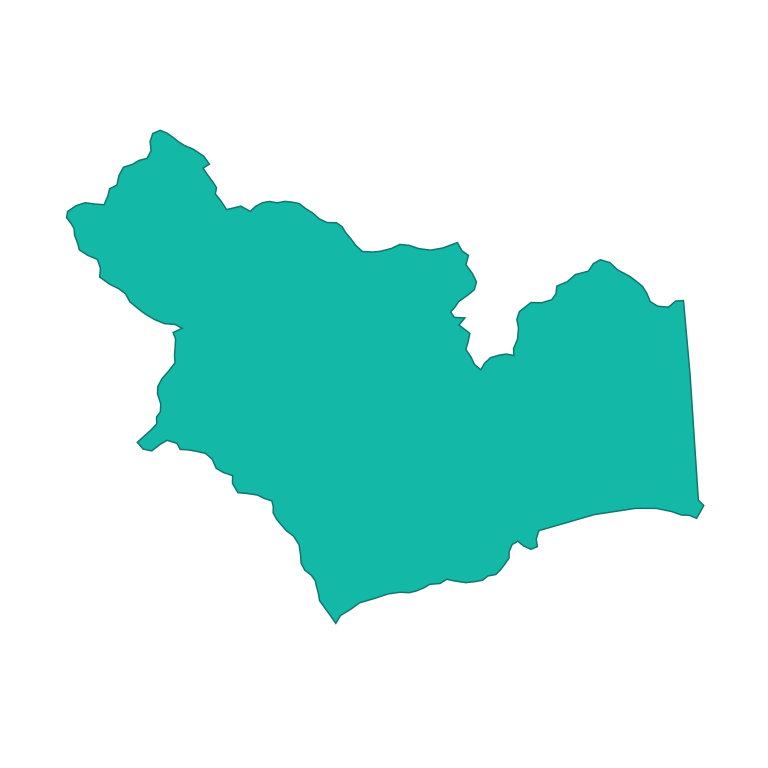 the district of Santo Amaro da Imperatriz, Santa Catarina, Brazil, rotated 93°
{"feature_id": "56859067B63225010311185", "entity_name": "Santo Amaro da Imperatriz", "entity_type": "district", "adm_level": 2, "iso_a3": "BRA", "parent_name": "Brazil", "parent_adm1": "Santa Catarina", "projection": "natural_earth1", "projection_center": [-48.807, -27.744], "detail": "fine", "context": "isolated", "style": "filled", "palette": "teal", "viewbox_px": 768, "rotation_deg": 93, "n_neighbors": 0, "source": "geoboundaries", "source_scale": "gbopen_adm2", "svg_char_len": 2849}
<svg xmlns="http://www.w3.org/2000/svg" viewBox="0 0 768 768"><g transform="rotate(93 384 384)"><path d="M210.0,556.2L203.0,562.4L196.8,561.5L191.3,565.4L184.3,571.2L177.9,576.0L173.6,569.8L166.0,575.9L159.5,586.8L156.3,595.7L152.7,602.1L148.6,607.9L144.8,613.8L142.4,620.8L145.9,628.0L154.1,630.3L163.0,628.8L171.1,632.4L173.6,640.5L177.9,646.8L181.2,655.6L189.8,659.6L199.3,661.1L203.3,668.2L211.2,669.7L219.6,672.9L219.4,682.6L218.6,691.8L222.0,700.8L228.3,709.0L234.6,709.7L239.7,705.2L244.8,701.7L251.5,700.8L260.2,697.0L266.0,695.3L271.1,686.4L274.6,676.7L283.3,673.2L292.1,673.5L298.8,663.0L302.6,654.1L307.5,646.8L315.2,642.1L321.6,633.5L326.4,626.5L331.5,616.8L335.2,606.4L335.5,595.7L338.9,588.5L343.6,597.3L349.9,594.5L358.2,594.5L366.0,594.7L373.8,593.8L382.7,600.0L390.2,605.9L398.2,609.7L405.6,609.7L415.5,605.9L423.6,605.9L428.8,609.4L435.8,608.9L441.9,614.1L448.6,620.8L455.1,627.3L461.6,621.1L462.9,612.4L456.0,604.4L451.6,597.7L454.1,587.6L460.0,584.1L460.0,576.6L460.9,568.2L462.7,558.5L467.9,551.8L476.9,547.2L480.8,539.8L483.4,530.4L491.2,530.1L500.2,524.2L500.5,515.0L501.5,504.6L504.6,497.4L506.6,489.9L512.4,488.1L518.4,488.0L524.7,484.2L531.0,478.3L535.8,473.6L540.7,466.3L549.0,460.4L558.7,458.4L567.3,457.4L574.0,453.4L578.7,446.7L583.8,442.5L590.6,440.5L596.4,438.6L603.7,437.0L610.8,431.3L617.2,426.1L625.6,419.6L617.5,415.4L610.5,405.2L603.8,397.0L601.5,390.4L597.9,380.4L593.5,369.3L591.1,357.0L591.1,347.9L589.0,341.0L585.5,333.5L581.6,327.8L580.3,317.6L575.7,311.1L577.0,303.2L578.1,292.0L576.5,282.3L574.8,275.3L570.3,270.2L568.4,262.4L563.8,258.2L557.7,254.0L551.3,250.0L545.1,250.3L537.7,247.7L534.0,242.3L538.5,235.9L541.4,228.6L538.4,222.3L531.0,223.9L522.3,221.7L503.4,167.1L495.0,126.2L494.4,114.5L494.0,105.3L496.3,90.1L499.3,80.0L499.1,72.2L501.8,64.8L488.6,58.3L483.5,64.0L358.2,78.9L285.0,89.3L285.9,97.1L292.4,104.0L292.0,114.7L287.8,122.4L279.7,126.3L273.1,130.9L269.2,136.0L263.7,144.1L257.9,156.6L250.9,164.8L248.6,174.5L252.8,181.2L260.6,185.7L264.7,198.6L272.3,206.4L277.2,216.5L284.9,217.0L291.0,220.8L294.7,230.9L294.9,241.4L304.6,252.6L312.6,254.7L321.0,252.6L332.3,253.0L341.8,256.5L348.7,255.8L347.7,263.5L349.3,270.9L352.2,279.1L358.0,284.6L364.7,288.1L359.8,294.7L352.5,298.5L345.2,304.1L337.4,302.2L329.0,300.9L321.2,312.2L313.8,306.7L313.8,317.2L308.5,321.2L303.6,317.2L297.8,313.8L290.8,304.9L285.0,298.7L277.2,297.0L269.2,301.4L260.6,308.4L251.2,306.4L246.9,313.1L238.9,318.1L245.0,332.0L247.9,344.4L247.0,356.3L244.2,366.3L243.8,375.5L248.3,383.8L251.6,394.3L252.8,402.0L252.8,412.6L246.9,419.6L240.2,425.1L234.5,430.5L229.2,434.0L225.5,439.8L225.7,449.5L222.5,457.2L216.7,464.6L212.8,471.6L208.3,478.0L207.2,485.2L206.8,492.4L208.7,500.4L207.7,507.8L209.3,514.8L213.5,521.8L218.6,526.5L213.9,536.3L218.1,550.3L210.0,556.2Z" fill="#14b8a6" stroke="#0f766e" stroke-width="1.5"/></g></svg>